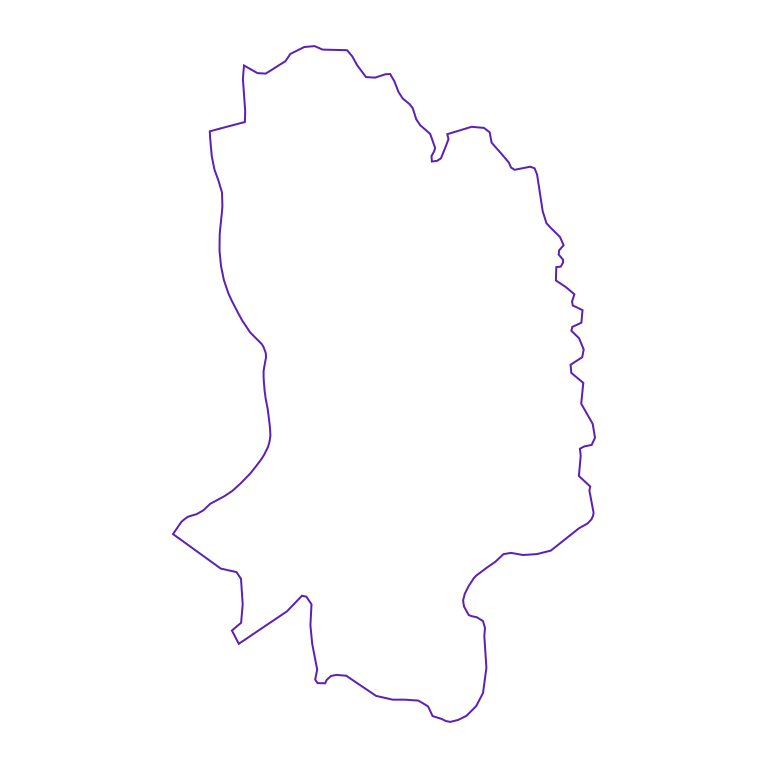 outline of Nuevo Berlín, Río Negro, Uruguay
{"feature_id": "84410073B28261927215245", "entity_name": "Nuevo Berlín", "entity_type": "district", "adm_level": 2, "iso_a3": "URY", "parent_name": "Uruguay", "parent_adm1": "Río Negro", "projection": "equal_earth", "projection_center": [-58.007, -32.972], "detail": "fine", "context": "isolated", "style": "outline", "palette": "violet", "viewbox_px": 768, "rotation_deg": 0, "n_neighbors": 0, "source": "geoboundaries", "source_scale": "gbopen_adm2", "svg_char_len": 2568}
<svg xmlns="http://www.w3.org/2000/svg" viewBox="0 0 768 768"><path d="M209.8,131.3L210.1,137.8L211.8,156.4L214.5,169.8L218.1,179.5L222.0,192.4L222.4,206.1L221.9,212.3L220.8,223.1L220.2,228.7L219.7,233.9L219.5,250.4L221.0,265.9L223.8,279.7L225.7,285.5L228.4,293.4L231.8,300.8L238.2,313.2L242.2,320.5L245.6,325.6L250.1,332.4L261.9,344.2L263.9,347.9L265.8,353.2L266.0,357.4L264.4,366.1L263.6,370.9L263.6,376.9L263.9,382.3L264.6,390.6L265.7,398.8L267.6,408.4L268.9,418.4L270.0,427.9L270.4,435.7L269.5,441.7L268.0,447.0L264.1,454.8L262.8,456.9L261.5,458.9L256.3,465.9L250.1,473.7L240.3,483.7L232.3,490.9L224.2,496.3L219.5,498.8L210.2,503.8L203.4,510.3L196.5,514.2L192.0,515.5L190.1,516.1L187.8,516.8L184.5,519.2L181.5,521.7L176.7,528.7L173.0,534.1L220.8,568.6L236.5,572.1L241.0,578.9L242.7,604.5L241.1,622.8L231.9,630.5L238.8,643.8L287.0,611.3L301.9,595.8L306.3,596.6L311.5,604.3L310.4,625.2L312.2,643.8L317.2,669.6L315.2,679.5L317.5,683.1L325.2,683.3L325.8,681.7L326.8,679.8L328.0,678.7L331.0,676.0L336.2,674.9L346.2,675.7L361.4,686.0L376.1,695.9L392.9,699.7L405.5,699.7L418.4,700.6L428.1,706.4L432.6,716.1L441.5,718.9L446.1,721.1L450.4,721.9L458.2,719.9L466.5,715.8L476.2,706.1L483.0,693.0L486.4,667.9L484.3,636.0L484.5,633.8L485.0,628.0L483.0,621.1L476.9,617.3L471.4,616.1L468.7,615.0L464.1,606.7L463.5,603.5L463.1,600.3L464.8,593.7L468.8,585.8L473.5,578.6L476.0,575.8L486.9,567.6L495.4,561.7L503.5,554.1L511.1,552.9L523.0,555.0L536.9,554.1L550.8,550.6L576.8,530.0L578.9,528.3L587.5,523.5L591.5,519.3L593.0,515.9L593.6,512.8L589.4,490.6L590.2,486.5L578.9,476.0L580.7,455.8L579.9,448.7L584.4,446.4L591.7,444.9L595.0,437.7L592.7,423.9L581.2,403.7L583.3,382.9L571.3,372.9L570.6,364.7L582.2,357.2L583.7,349.5L579.1,338.3L571.4,330.8L572.3,326.9L581.4,322.7L582.5,310.1L572.8,305.5L572.0,301.6L574.4,294.3L565.6,286.9L555.9,280.5L556.3,267.1L560.8,266.6L563.1,262.4L563.0,259.7L558.7,254.6L559.1,250.4L563.6,245.2L560.0,237.0L550.6,227.7L546.5,223.3L542.7,211.3L537.1,174.6L534.6,168.3L530.2,166.7L514.6,169.8L511.0,167.5L508.8,162.5L501.2,153.5L491.6,142.7L489.7,132.3L483.9,127.9L471.5,126.8L447.3,134.2L448.5,139.2L444.9,148.6L440.9,158.4L437.0,160.9L431.9,161.5L431.5,156.1L434.2,151.2L435.1,147.9L430.2,133.9L420.2,125.2L416.2,119.2L412.7,108.1L409.4,104.0L402.8,98.6L398.5,92.0L394.3,81.1L390.1,74.0L385.3,74.3L375.2,77.6L366.0,77.1L356.9,64.9L352.5,56.7L347.1,50.2L322.6,49.6L314.6,46.1L304.3,47.0L290.4,53.9L285.4,61.2L265.7,73.6L257.4,73.1L244.0,65.5L242.9,79.0L245.2,111.0L244.9,122.0L228.2,126.4L209.8,131.3Z" fill="none" stroke="#5b21b6" stroke-width="2"/></svg>